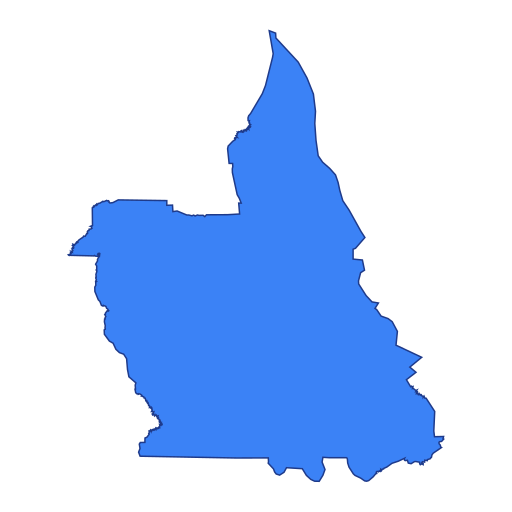 outline of Agusan del Sur, Agusan del Sur, Philippines
{"feature_id": "2640588B20221108717018", "entity_name": "Agusan del Sur", "entity_type": "district", "adm_level": 2, "iso_a3": "PHL", "parent_name": "Philippines", "parent_adm1": "Agusan del Sur", "projection": "albers", "projection_center": [125.526, 8.58], "detail": "fine", "context": "isolated", "style": "filled", "palette": "blue", "viewbox_px": 512, "rotation_deg": 0, "n_neighbors": 0, "source": "geoboundaries", "source_scale": "gbopen_adm2", "svg_char_len": 6025}
<svg xmlns="http://www.w3.org/2000/svg" viewBox="0 0 512 512"><path d="M92.3,207.8L92.5,225.5L90.5,226.3L91.7,226.7L91.5,227.7L91.9,228.3L90.9,229.0L89.1,229.2L89.0,230.5L88.0,230.7L87.3,231.8L87.7,233.1L87.3,233.7L86.7,233.6L85.2,236.3L83.6,236.1L83.1,237.1L79.1,239.8L77.6,241.5L77.8,242.2L76.7,242.0L76.7,243.1L75.9,243.1L75.9,243.7L75.2,243.9L74.7,245.0L73.0,244.3L73.2,244.9L72.5,245.4L73.6,246.1L72.7,247.4L73.4,247.1L73.7,247.5L73.5,248.2L72.3,247.8L73.0,248.4L72.2,249.3L72.1,250.0L72.8,250.7L72.0,251.5L72.2,252.1L71.4,251.7L71.8,252.3L71.3,253.1L70.5,252.7L70.6,254.4L70.0,254.1L69.5,254.9L69.2,254.1L69.2,254.5L68.3,254.8L68.8,255.3L94.0,255.9L94.4,255.5L95.4,256.1L97.7,256.3L98.3,255.3L97.8,254.5L98.6,254.2L98.2,253.5L99.2,253.2L99.8,253.5L99.4,256.5L98.9,256.4L97.4,259.8L97.6,260.8L95.6,264.2L96.7,266.0L96.7,269.6L96.2,270.0L96.8,270.5L96.8,271.6L95.9,274.4L96.2,276.9L95.8,277.2L96.3,278.3L95.9,277.9L95.8,278.3L96.4,279.8L95.7,281.1L96.5,281.5L95.7,282.1L95.8,285.3L94.8,287.1L94.9,291.5L98.3,299.8L99.9,301.4L101.4,305.3L102.3,305.8L103.2,305.4L103.3,306.0L104.3,305.7L105.9,306.4L106.6,308.3L107.5,308.8L108.2,310.0L107.9,310.4L108.6,310.8L108.1,311.2L107.2,310.8L105.4,313.2L105.4,314.3L104.8,314.5L105.8,316.6L105.1,317.7L105.2,318.9L104.6,319.0L104.4,321.8L105.3,325.9L105.0,327.3L105.3,328.5L105.2,329.3L104.5,329.4L104.2,330.0L104.4,334.3L109.4,341.1L113.1,343.2L115.9,349.3L119.4,352.6L123.7,354.2L126.6,358.7L127.5,369.5L128.9,376.8L135.9,382.9L135.2,385.1L135.5,389.1L135.0,389.2L135.7,392.7L137.0,393.9L138.2,393.7L138.3,394.3L139.6,393.8L141.6,395.0L142.1,395.9L141.7,396.1L143.8,396.9L144.1,398.0L145.2,398.2L145.8,400.7L146.7,400.5L147.0,401.2L146.6,401.6L147.1,402.4L147.9,402.4L148.2,403.1L147.7,403.4L148.6,404.5L148.6,405.6L149.5,405.8L149.8,406.4L149.5,407.5L151.1,407.2L150.9,408.0L151.7,408.0L151.5,408.7L152.1,409.1L151.9,409.6L152.2,410.1L151.5,411.5L152.5,411.4L152.9,412.1L153.8,411.8L153.3,413.4L152.2,414.0L152.7,415.0L154.0,414.4L154.5,415.8L154.9,415.3L155.7,415.5L155.9,414.7L157.3,416.1L156.7,416.4L156.8,416.7L158.0,416.1L157.7,417.1L158.3,417.6L157.6,418.2L157.9,418.5L158.8,418.0L158.1,418.8L159.4,419.6L159.2,421.2L159.7,421.5L160.1,420.8L160.4,421.7L159.9,422.3L161.1,422.4L160.4,423.5L161.1,424.2L161.9,423.8L162.1,424.6L161.0,424.6L161.0,425.2L159.6,424.6L159.9,425.9L159.1,426.8L159.5,426.9L159.7,427.8L158.4,427.9L158.4,428.4L157.6,428.7L157.0,428.0L156.7,428.5L156.1,428.1L156.0,428.9L155.6,428.2L154.8,429.8L154.1,429.1L153.7,430.1L153.0,429.6L152.8,430.0L152.3,429.8L151.8,430.8L151.4,430.4L151.1,431.6L150.4,430.2L150.0,431.0L149.1,430.9L149.2,433.0L148.7,433.5L149.1,434.3L146.9,437.2L145.0,438.0L144.9,442.4L140.3,442.5L139.3,444.1L140.0,448.5L138.6,452.2L140.1,456.2L236.8,458.0L268.3,457.9L268.5,461.7L268.2,463.2L273.5,468.9L274.6,471.9L276.2,474.0L279.6,475.1L284.0,472.3L286.5,467.7L302.3,468.7L306.4,475.4L310.8,479.4L314.6,481.2L319.2,481.3L322.9,475.3L325.0,469.5L322.1,462.1L322.9,457.3L329.0,457.7L346.4,457.7L347.1,458.2L347.4,459.3L347.7,463.0L349.0,467.1L353.3,473.8L355.0,475.4L360.5,478.0L364.7,480.9L366.7,481.2L368.7,480.6L373.2,476.8L375.7,473.8L376.7,473.5L376.2,472.2L376.8,471.5L378.1,471.4L378.3,471.8L379.4,471.0L380.0,471.4L380.4,470.4L381.1,471.1L381.6,470.6L381.2,469.5L381.8,469.9L382.5,469.1L383.6,469.0L383.8,468.4L386.9,467.0L392.0,463.3L398.3,461.2L404.5,458.3L404.2,458.8L404.5,460.1L405.2,460.6L407.4,460.3L408.3,463.1L411.1,463.7L414.5,461.6L415.7,461.5L419.6,462.2L419.7,463.8L420.3,464.7L422.0,463.8L423.1,464.6L423.2,463.7L421.7,462.8L422.4,461.7L424.6,462.1L424.7,460.2L427.3,460.6L427.4,459.6L430.1,458.8L430.9,457.6L431.4,457.5L432.0,454.7L433.3,453.1L441.5,447.5L440.7,447.0L440.3,445.1L439.1,443.8L439.0,442.3L439.5,441.7L441.6,441.4L443.7,439.1L443.0,438.7L443.6,436.5L434.5,436.7L433.8,431.0L434.7,411.4L426.1,398.2L424.9,398.2L424.0,396.1L423.2,397.2L423.2,396.4L421.3,395.6L421.6,395.3L421.2,394.6L419.6,394.4L419.2,393.7L419.0,394.7L418.3,394.7L417.3,392.9L417.3,393.6L416.4,393.7L417.6,391.1L416.7,391.8L415.7,391.8L416.8,390.1L415.9,390.5L413.1,388.3L412.5,388.5L413.0,386.5L411.8,386.8L411.4,386.2L410.6,386.7L406.4,379.7L416.0,372.3L409.8,367.1L421.7,357.3L396.0,345.2L397.4,331.4L392.2,321.7L388.1,318.6L381.1,316.1L376.7,309.6L375.0,308.4L378.4,303.0L372.0,301.9L366.1,295.6L358.7,284.0L358.5,280.9L360.6,272.7L364.5,270.2L362.4,260.0L353.1,259.1L353.1,249.2L355.5,248.3L364.9,237.5L361.0,231.5L349.1,210.1L342.8,200.7L339.8,190.4L338.1,182.5L335.5,174.9L329.6,168.3L322.6,162.2L318.2,155.8L316.0,140.3L314.8,123.5L315.5,111.3L313.4,94.0L307.0,78.0L298.2,62.1L275.9,38.0L275.6,33.1L269.2,30.7L273.2,53.7L272.5,57.6L265.5,85.5L262.3,93.7L250.6,113.5L248.7,115.7L248.0,117.8L248.1,120.6L248.6,121.0L249.4,120.8L249.0,122.7L249.5,122.8L249.5,123.7L250.3,124.4L249.7,124.5L249.8,125.1L249.1,125.7L250.6,126.3L250.4,127.1L250.1,127.3L249.8,126.5L249.4,127.3L248.9,126.7L248.6,127.6L248.2,127.3L248.5,126.8L248.2,126.8L247.2,128.1L248.5,128.0L248.7,129.1L248.1,128.5L247.3,129.7L247.6,128.8L246.3,129.3L246.9,129.9L246.5,130.3L246.1,129.6L245.3,129.6L245.9,130.8L244.4,130.4L243.8,131.5L243.4,130.8L243.2,131.7L242.5,131.5L242.5,132.2L241.8,132.0L241.6,130.6L240.7,131.1L240.3,131.9L238.7,131.6L238.3,132.3L237.5,132.1L237.9,132.9L236.9,133.7L237.3,134.9L235.9,135.6L237.1,137.1L236.3,136.8L236.5,137.6L234.7,137.9L234.6,138.5L235.4,138.6L235.3,139.6L232.7,141.3L228.2,146.0L227.6,148.8L229.1,163.4L232.6,163.5L232.8,166.6L232.3,168.8L232.4,172.6L237.2,194.7L239.3,198.3L241.2,203.1L238.7,203.1L239.6,214.0L227.4,214.7L206.5,214.8L204.8,216.6L203.1,215.3L199.1,215.4L197.4,215.0L195.1,216.0L193.7,215.1L191.9,215.8L188.8,215.0L186.8,215.0L177.1,211.0L172.9,211.6L172.5,205.1L166.8,205.3L166.8,200.6L118.2,199.9L112.9,202.6L110.0,203.0L109.0,202.3L109.1,201.4L108.5,200.7L107.4,200.9L106.7,200.4L104.3,201.5L102.8,201.7L102.7,201.4L100.0,203.1L98.1,203.5L97.3,204.7L96.7,204.1L96.3,205.3L95.7,204.9L94.1,206.7L93.8,205.9L93.3,206.4L93.7,207.1L92.3,207.8Z" fill="#3b82f6" stroke="#1e3a8a" stroke-width="1.5"/></svg>